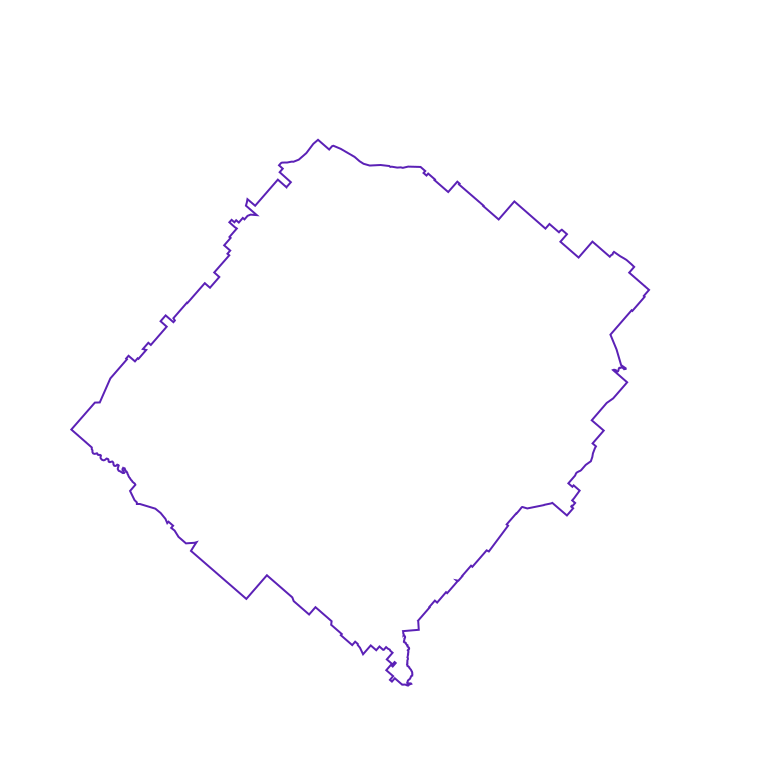 outline of Kojonup, Western Australia, Australia, rotated 221°
{"feature_id": "25037944B18898865249121", "entity_name": "Kojonup", "entity_type": "district", "adm_level": 2, "iso_a3": "AUS", "parent_name": "Australia", "parent_adm1": "Western Australia", "projection": "natural_earth1", "projection_center": [116.95, -33.925], "detail": "fine", "context": "isolated", "style": "outline", "palette": "violet", "viewbox_px": 768, "rotation_deg": 221, "n_neighbors": 0, "source": "geoboundaries", "source_scale": "gbopen_adm2", "svg_char_len": 6070}
<svg xmlns="http://www.w3.org/2000/svg" viewBox="0 0 768 768"><g transform="rotate(221 384 384)"><path d="M245.7,628.9L272.0,628.9L272.0,636.5L275.7,636.7L282.5,636.7L285.0,636.3L289.6,635.4L297.1,634.6L297.1,632.9L296.5,631.7L297.1,630.5L297.1,628.2L320.1,628.2L320.1,607.1L344.2,607.1L344.2,617.1L351.0,617.1L351.5,615.0L351.5,613.3L364.1,613.3L364.1,607.2L405.4,607.3L405.4,583.4L425.9,583.4L425.9,583.9L458.4,583.8L458.4,584.8L461.4,584.8L461.5,571.0L479.7,571.0L479.7,571.8L488.7,571.8L488.7,569.2L492.6,569.2L492.6,571.8L498.8,571.8L508.4,563.9L511.6,559.5L513.5,558.5L516.0,556.0L520.7,553.1L521.7,552.0L523.0,552.0L530.3,547.0L538.1,539.5L543.9,536.8L548.6,536.1L555.1,536.1L570.9,533.1L578.5,530.6L579.2,529.4L579.2,525.0L594.0,525.0L594.9,518.9L594.1,507.3L595.5,497.4L598.1,492.4L599.6,491.2L602.4,487.6L606.0,484.4L606.5,483.7L606.7,482.7L606.7,480.2L601.7,480.1L601.7,475.4L586.7,475.2L586.7,468.8L587.5,468.7L587.3,468.5L598.2,468.6L598.2,434.0L608.3,433.9L606.6,431.0L605.2,428.0L590.8,428.0L595.8,424.3L597.3,421.4L597.3,416.7L599.5,416.7L599.5,410.6L603.0,410.6L603.0,407.9L606.7,407.9L606.8,404.6L599.6,404.5L597.1,404.8L597.1,393.6L595.6,393.6L595.6,383.8L587.6,383.8L587.6,379.6L585.2,379.6L585.3,356.8L578.5,356.7L578.5,342.5L585.4,342.5L585.5,316.1L586.1,316.1L586.1,295.5L583.5,294.7L583.5,292.5L593.8,292.5L593.8,284.8L585.6,284.7L585.6,260.5L588.9,260.5L588.9,252.2L585.8,253.7L585.8,241.9L586.8,241.8L586.8,237.7L595.3,237.7L595.3,234.0L594.2,234.0L594.2,208.7L586.4,183.6L590.0,180.3L590.1,144.5L562.9,144.4L561.7,143.0L560.8,142.8L560.1,142.3L559.5,141.4L558.1,140.8L557.1,141.1L556.7,141.3L555.6,142.6L555.2,143.4L554.3,143.3L553.8,142.9L553.5,142.9L553.1,143.0L551.8,144.2L551.2,144.4L550.5,144.1L550.3,143.3L549.6,142.4L548.9,142.0L547.0,141.8L545.6,142.4L545.0,143.2L544.7,144.1L544.5,145.6L544.3,145.9L543.5,146.0L543.0,146.3L542.5,146.2L540.9,144.8L540.5,144.8L540.0,145.0L539.8,145.3L539.5,145.3L538.5,146.9L538.3,147.2L537.9,147.3L536.6,147.0L535.4,145.8L534.7,145.5L534.0,145.6L533.8,145.4L533.1,145.8L532.6,146.4L532.4,148.1L531.4,148.5L530.8,148.5L530.6,148.2L530.5,147.8L530.3,147.1L530.0,146.8L529.4,145.4L529.1,145.1L528.3,144.8L527.5,144.5L527.1,144.5L525.8,145.0L522.9,145.4L522.5,145.6L521.8,146.3L521.8,146.6L523.0,147.0L523.7,147.6L524.6,147.4L524.9,147.5L525.6,148.3L525.6,148.7L525.7,149.0L525.8,149.5L525.0,149.5L524.7,150.1L524.3,150.2L523.5,149.6L521.7,149.0L521.0,148.6L520.8,148.6L520.5,148.9L520.1,148.6L519.3,148.5L518.4,147.8L517.4,147.5L516.2,146.8L515.0,146.4L514.0,146.3L512.3,145.7L510.7,145.6L509.7,145.2L506.7,145.3L505.5,144.8L505.5,136.7L496.1,132.7L492.9,132.5L491.8,131.3L489.5,133.3L474.8,139.9L467.9,140.1L460.4,138.8L456.3,136.8L456.3,138.7L450.2,138.7L450.2,135.8L445.9,136.0L438.8,133.8L428.9,133.8L422.8,139.9L421.7,141.6L421.1,137.1L420.2,131.4L346.9,131.5L346.9,162.8L313.2,162.8L309.7,160.9L289.3,160.9L289.3,170.6L267.9,170.6L265.9,167.6L252.0,167.6L251.8,167.6L251.8,166.1L242.7,166.1L236.7,166.1L236.7,170.6L233.2,170.6L232.6,169.8L229.1,169.2L222.5,166.3L222.5,178.0L215.2,178.0L215.2,182.9L210.3,182.8L209.8,183.2L209.8,186.8L207.4,186.8L205.4,187.3L204.2,186.8L201.2,186.8L201.2,178.0L193.6,178.0L193.6,181.1L192.1,181.1L192.1,176.5L194.5,176.5L194.5,169.5L185.4,169.5L185.4,164.6L182.8,164.6L182.8,169.0L173.0,169.0L172.8,169.4L172.1,169.8L171.5,170.5L170.7,171.1L168.6,171.8L167.9,172.3L167.8,172.8L167.9,173.2L167.8,173.8L166.7,175.6L167.0,175.7L168.0,175.2L168.3,174.6L169.2,174.1L169.4,173.6L170.2,173.5L170.7,174.0L170.8,174.8L171.3,175.6L171.4,176.2L171.3,176.6L171.2,177.6L171.0,178.1L171.1,179.0L171.3,179.7L171.5,180.0L171.6,180.6L171.6,181.4L171.8,181.5L171.6,182.6L171.9,182.9L172.0,183.2L171.9,183.2L172.1,183.5L172.4,183.8L172.6,183.9L173.1,184.3L173.2,184.6L174.4,185.4L174.9,185.4L176.1,186.0L177.4,186.2L177.6,186.2L178.1,186.4L178.8,186.4L179.2,186.6L179.3,186.8L179.8,186.8L180.3,186.9L180.5,186.7L181.4,186.6L182.0,187.2L182.5,187.3L182.6,187.6L182.8,187.8L182.7,188.0L182.9,188.4L183.6,188.9L183.9,189.3L183.9,189.5L184.3,189.8L184.4,190.1L185.1,190.8L185.3,191.8L185.9,192.6L186.3,192.9L186.9,193.0L187.2,193.7L187.5,194.0L188.0,195.1L188.2,195.3L188.2,195.5L188.7,195.8L188.8,196.3L189.2,196.6L189.4,197.1L189.7,197.4L189.7,197.7L190.2,198.2L191.3,198.6L191.2,199.0L191.3,199.0L191.3,199.6L191.5,199.7L191.5,200.0L191.7,200.3L191.4,200.0L191.2,200.1L191.2,200.4L191.5,200.7L191.6,201.0L192.3,201.4L194.0,201.3L194.7,202.0L194.8,202.3L195.2,202.3L195.3,202.1L195.1,202.0L195.2,201.9L195.7,202.1L197.2,202.4L197.4,202.7L197.8,202.9L198.6,202.8L199.0,202.4L199.8,202.4L200.3,203.1L200.9,204.5L201.6,205.2L201.6,205.6L201.6,206.1L201.7,206.4L202.0,206.5L202.3,207.1L202.7,207.3L203.4,207.3L203.8,207.1L204.1,207.1L204.4,207.4L204.4,207.6L204.6,207.6L204.6,207.4L205.2,208.2L206.1,208.6L206.9,209.6L207.5,210.0L196.5,221.3L202.8,227.7L203.0,227.7L203.0,245.4L203.5,245.4L203.5,253.9L200.5,253.9L200.6,267.6L199.1,267.6L199.1,283.3L200.5,283.3L198.8,284.3L198.8,290.4L199.1,290.4L199.1,304.0L197.4,304.0L197.4,325.8L195.0,326.4L197.4,358.5L199.3,358.5L199.3,373.1L199.0,373.1L199.0,376.9L199.2,381.4L198.8,382.0L194.2,384.1L183.8,397.6L183.8,397.9L179.7,403.3L179.4,403.8L179.0,404.7L159.7,404.8L159.7,414.3L162.3,414.3L162.4,414.5L162.4,415.4L161.7,416.1L161.7,419.6L165.6,419.6L165.6,422.4L166.4,431.9L174.4,431.9L174.4,430.0L179.7,430.0L179.7,440.3L180.3,442.1L180.5,443.4L179.7,445.7L179.0,447.1L178.7,448.3L178.7,455.3L177.2,461.4L178.9,465.6L180.8,468.7L182.7,473.9L183.1,476.0L187.6,476.0L187.6,493.0L203.4,492.9L203.5,515.8L201.6,523.5L201.6,544.8L220.3,544.8L220.0,545.4L219.2,546.1L218.0,546.5L217.8,546.2L217.2,546.3L216.1,546.5L215.8,546.8L215.7,547.2L216.0,547.9L216.0,548.1L216.6,549.0L216.8,549.6L216.8,550.3L217.0,550.6L216.6,551.1L216.0,551.4L216.0,552.0L215.5,552.4L215.2,552.9L215.0,553.0L214.5,552.8L214.2,552.9L213.8,552.8L213.3,553.1L213.0,553.1L212.8,552.8L212.5,552.7L211.5,553.9L211.9,554.4L217.4,553.8L231.1,562.6L245.5,569.8L245.5,602.1L244.5,602.1L244.5,620.8L245.7,620.9L245.7,628.9Z" fill="none" stroke="#5b21b6" stroke-width="2"/></g></svg>